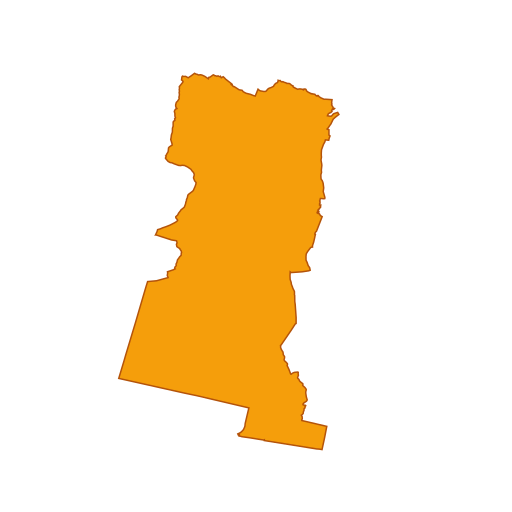 Ceptura, Prahova, Romania, rotated 29°
{"feature_id": "2599482B71736492781600", "entity_name": "Ceptura", "entity_type": "district", "adm_level": 2, "iso_a3": "ROU", "parent_name": "Romania", "parent_adm1": "Prahova", "projection": "equal_earth", "projection_center": [26.322, 45.023], "detail": "fine", "context": "isolated", "style": "filled", "palette": "amber", "viewbox_px": 512, "rotation_deg": 29, "n_neighbors": 0, "source": "geoboundaries", "source_scale": "gbopen_adm2", "svg_char_len": 6007}
<svg xmlns="http://www.w3.org/2000/svg" viewBox="0 0 512 512"><g transform="rotate(29 256 256)"><path d="M407.6,393.3L404.0,381.4L400.5,370.7L375.8,377.7L375.4,377.0L375.4,376.0L375.2,375.6L374.2,374.1L372.9,373.4L372.8,373.2L373.3,372.3L373.6,370.9L373.0,369.4L372.8,367.7L372.1,366.3L372.2,365.9L372.5,365.0L371.9,364.1L372.1,362.8L371.7,362.6L370.0,363.2L369.3,363.3L368.9,362.8L368.9,362.3L369.1,361.3L370.5,358.6L370.6,357.8L370.5,357.0L368.3,354.8L365.9,351.7L365.3,350.5L364.8,348.6L364.1,348.0L362.5,347.3L359.6,346.6L359.2,345.4L358.7,344.9L357.4,344.8L355.3,344.4L354.6,344.1L353.3,343.1L351.7,342.7L351.2,341.9L350.9,339.7L349.9,338.5L349.4,337.3L349.2,337.2L348.7,337.3L346.2,339.0L345.2,340.1L344.5,341.3L344.0,342.4L343.5,342.4L339.9,339.3L336.3,336.7L336.0,335.3L335.7,335.0L334.2,334.4L331.8,333.8L331.2,333.5L330.8,333.0L330.4,331.4L329.9,330.3L329.3,329.9L327.7,329.1L326.7,327.6L325.7,326.6L324.5,326.1L322.9,325.0L321.8,324.0L321.3,323.0L320.8,322.4L321.1,321.7L321.4,318.3L322.8,303.6L323.3,296.2L323.8,295.6L321.0,290.5L313.8,279.4L312.0,277.0L309.0,271.8L308.3,271.1L307.7,269.9L306.8,268.4L306.3,268.0L303.8,266.3L302.9,265.4L300.7,263.6L299.5,262.0L297.2,259.9L295.3,256.8L293.6,253.3L294.7,253.5L304.1,247.4L309.3,243.4L310.3,242.2L308.6,240.2L306.3,239.1L303.8,236.8L301.8,235.4L299.9,232.1L299.0,230.0L298.9,228.9L299.0,227.0L299.7,222.1L300.5,221.2L301.1,220.8L300.5,219.8L300.2,218.6L299.7,215.9L298.5,211.7L297.8,209.5L297.5,208.3L296.8,208.3L296.6,207.4L296.5,206.6L296.6,205.8L296.9,205.1L294.8,189.5L292.7,189.4L291.1,188.4L289.3,188.7L288.5,188.6L288.6,187.8L289.0,187.8L289.2,187.6L289.5,187.6L289.7,186.9L288.1,186.8L288.5,185.3L288.0,185.2L288.5,183.6L288.7,182.6L288.5,182.3L288.8,182.1L287.9,180.0L286.9,180.6L286.2,179.3L286.4,178.6L285.2,177.2L285.4,177.1L284.8,176.1L284.4,174.5L284.7,174.3L287.3,173.2L288.3,172.5L288.2,172.0L287.7,171.2L283.6,167.1L282.2,163.6L279.5,159.9L278.5,158.9L277.4,158.0L275.7,157.2L274.9,156.1L273.5,153.8L273.2,153.0L272.8,151.1L271.5,149.2L269.7,144.9L268.9,143.7L266.3,140.5L265.3,137.7L264.5,136.6L263.2,134.3L261.8,131.3L260.9,125.7L260.9,122.8L260.4,120.8L263.5,119.5L262.8,117.1L262.7,115.7L262.4,115.0L261.2,114.9L258.6,110.2L256.9,110.6L256.6,110.5L257.0,109.0L257.3,105.6L257.5,104.4L257.2,98.9L258.1,96.2L259.9,92.0L257.8,90.8L255.0,93.8L254.7,94.5L254.3,96.6L254.0,97.2L252.6,98.0L250.5,98.7L250.3,96.8L251.0,95.2L251.8,94.5L252.4,92.7L251.5,91.9L251.6,91.6L252.0,90.8L251.6,90.3L251.7,90.1L252.4,90.5L252.6,90.4L253.1,89.5L253.2,88.9L252.8,89.0L252.4,90.0L252.1,89.9L252.1,89.3L251.9,89.0L251.1,88.6L250.6,88.1L249.4,87.6L248.8,87.1L248.8,86.4L247.7,85.0L246.7,82.4L240.5,85.3L239.6,85.9L236.2,86.2L234.0,86.1L232.6,85.5L231.8,86.0L231.9,86.5L231.6,86.6L230.4,86.6L229.0,86.0L228.3,86.4L227.2,86.6L226.9,86.9L226.2,86.9L225.7,87.4L225.4,87.2L224.6,87.3L222.0,87.4L220.2,87.1L219.0,86.1L218.5,86.0L217.1,86.6L216.9,86.8L217.1,87.5L216.8,87.8L216.0,87.6L214.0,88.3L212.8,88.9L211.6,90.0L210.1,90.0L209.0,90.3L208.2,89.9L207.6,90.2L207.0,90.2L206.1,89.8L206.0,89.3L204.1,89.4L203.2,89.1L201.8,88.9L199.9,89.7L199.4,90.1L198.2,90.0L196.6,90.4L194.9,90.5L194.6,90.9L194.0,91.2L193.1,91.2L192.0,90.8L190.9,91.7L190.2,91.6L190.7,93.4L190.7,93.9L189.7,95.2L189.3,96.2L189.0,98.0L189.1,99.1L187.5,101.4L186.1,102.9L185.4,104.3L185.0,106.4L184.8,107.1L184.3,107.6L182.9,108.4L179.6,109.5L178.7,109.5L176.9,109.1L177.8,116.5L176.1,116.9L172.7,117.3L168.3,118.5L165.1,118.5L163.5,117.8L160.7,118.8L154.8,118.4L154.0,118.8L152.7,118.2L151.4,118.1L151.8,117.4L151.6,117.3L143.5,116.0L142.2,115.5L140.4,115.1L139.2,116.9L137.8,116.1L137.7,116.5L137.3,116.7L136.6,116.9L135.7,116.8L135.3,117.0L134.7,117.8L133.3,117.9L132.7,118.3L131.1,118.1L130.7,118.4L129.1,121.8L128.1,122.6L128.4,124.1L124.0,123.7L121.3,123.9L119.7,124.3L117.9,125.6L116.5,125.6L115.3,126.0L113.7,126.0L112.1,129.5L110.3,133.0L107.4,133.0L105.5,134.1L104.5,134.3L104.4,135.3L105.5,138.1L107.0,138.4L107.5,138.7L107.7,139.0L107.7,139.8L106.8,145.1L107.7,146.3L108.2,147.8L109.1,148.9L109.5,150.3L110.6,151.7L111.4,153.5L111.5,154.4L112.4,155.3L112.5,156.1L112.3,158.8L111.9,160.0L111.9,160.6L112.4,162.6L113.0,163.8L114.0,164.8L115.4,165.4L115.1,165.8L114.7,166.1L114.4,166.6L114.3,168.1L114.5,169.2L115.9,170.6L117.3,173.0L118.6,174.2L118.3,175.4L119.2,176.5L119.3,176.9L118.6,178.0L118.6,179.0L120.4,182.3L120.8,183.1L120.7,183.6L121.0,184.8L122.8,188.2L123.3,191.1L124.4,193.8L124.9,195.4L127.4,197.8L128.2,198.6L128.9,199.6L127.3,202.6L127.1,203.9L128.5,207.1L128.6,208.2L128.5,210.1L128.6,211.8L128.5,212.2L128.9,212.3L129.3,212.9L129.2,213.8L129.5,214.5L133.3,215.9L135.6,215.9L137.4,215.2L139.4,215.1L144.4,214.3L146.2,213.5L147.5,212.4L149.6,211.5L153.0,211.3L157.0,211.7L159.1,212.7L160.9,213.3L162.3,214.4L162.8,215.4L163.3,217.6L163.7,218.2L165.9,220.0L168.0,220.8L168.6,222.4L169.0,224.7L169.4,229.0L169.1,230.2L167.1,234.7L166.9,235.8L167.7,238.5L167.8,240.2L168.4,241.6L168.5,242.9L169.0,244.2L169.3,245.6L169.6,248.2L168.0,252.1L168.0,253.1L167.5,256.2L167.6,257.5L167.6,258.2L166.8,260.5L167.1,261.1L167.6,261.6L169.8,262.4L170.2,262.9L170.1,263.5L169.4,265.2L168.4,266.8L165.7,270.8L162.9,274.2L160.7,276.6L159.1,278.7L157.2,280.6L157.2,281.0L157.6,282.3L157.9,286.3L158.3,286.0L159.1,285.9L174.4,282.9L179.1,281.2L180.6,282.8L180.7,284.3L182.1,286.0L182.4,286.2L185.8,286.5L186.4,287.1L188.0,287.7L189.2,289.0L189.2,289.6L190.2,291.7L189.6,293.8L189.5,295.4L189.2,297.4L189.9,299.9L190.0,301.9L190.8,302.8L190.8,303.7L190.5,304.7L190.7,305.9L190.9,306.3L191.5,306.5L190.4,308.1L186.2,312.7L187.0,313.7L187.8,316.0L189.6,317.5L181.0,325.9L173.6,330.9L174.8,336.7L183.1,373.7L190.0,405.6L191.2,410.8L195.3,429.6L259.9,410.6L271.8,406.9L323.4,392.3L327.7,407.6L328.8,410.2L329.0,411.3L329.2,414.0L328.5,416.9L327.5,418.8L326.3,420.4L327.4,421.2L328.1,420.5L328.6,421.7L329.3,421.3L331.2,420.9L339.0,417.9L347.4,414.9L352.2,413.1L352.4,412.8L352.7,413.4L402.7,395.3L405.0,394.2L407.6,393.3Z" fill="#f59e0b" stroke="#b45309" stroke-width="1.5"/></g></svg>